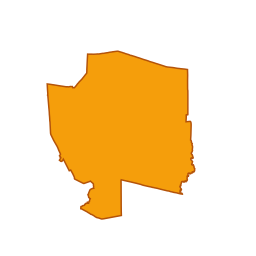 outline of Sarbeni, Teleorman, Romania, rotated 61°
{"feature_id": "2599482B36537756956873", "entity_name": "Sarbeni", "entity_type": "district", "adm_level": 2, "iso_a3": "ROU", "parent_name": "Romania", "parent_adm1": "Teleorman", "projection": "equal_earth", "projection_center": [25.419, 44.486], "detail": "fine", "context": "isolated", "style": "filled", "palette": "amber", "viewbox_px": 256, "rotation_deg": 61, "n_neighbors": 0, "source": "geoboundaries", "source_scale": "gbopen_adm2", "svg_char_len": 5467}
<svg xmlns="http://www.w3.org/2000/svg" viewBox="0 0 256 256"><g transform="rotate(61 128 128)"><path d="M201.3,176.2L198.0,174.5L192.6,171.6L184.6,167.2L181.1,165.3L177.3,163.2L173.3,161.0L170.8,159.7L170.0,159.0L172.4,156.4L176.3,152.0L177.2,151.0L180.4,147.5L183.8,143.9L184.6,143.3L185.6,142.3L189.2,138.3L190.7,136.5L191.8,135.4L192.4,134.6L193.4,133.5L194.8,131.8L197.5,129.0L202.0,124.1L202.8,123.0L204.7,121.2L205.1,120.6L206.6,119.1L207.2,118.3L208.4,116.8L210.0,115.2L210.9,114.2L212.2,112.5L212.0,112.4L211.0,112.6L210.8,112.9L210.8,113.3L210.8,113.5L210.5,113.6L209.8,113.7L209.4,113.7L208.9,113.4L208.7,112.8L208.7,112.7L208.3,112.8L208.0,112.7L208.2,112.3L208.2,112.1L207.6,112.1L207.5,111.8L207.5,111.6L207.8,111.2L207.7,111.1L207.4,111.0L207.2,111.4L207.1,111.5L207.0,111.4L206.7,111.1L206.3,111.1L205.5,111.2L205.3,111.1L204.6,111.0L204.2,110.9L204.1,110.6L204.2,110.0L204.1,109.7L203.9,109.6L203.3,109.7L203.2,109.3L202.8,108.8L201.4,107.6L201.0,107.0L201.0,106.6L201.3,106.1L201.5,106.0L202.0,106.0L202.1,105.9L202.1,105.7L201.9,105.6L201.7,105.3L201.7,105.2L201.8,105.1L202.0,105.0L202.3,105.0L202.5,104.9L202.6,104.7L202.2,104.4L202.1,104.1L202.5,104.1L202.3,103.5L202.3,103.4L202.6,103.3L202.9,103.3L203.0,103.2L202.3,102.6L202.7,102.2L202.7,101.9L202.1,101.3L201.9,101.1L201.7,101.1L201.2,101.1L200.7,100.8L200.5,100.5L198.9,99.7L198.7,99.5L198.7,99.4L198.7,99.2L199.3,98.9L199.5,98.6L199.4,98.5L199.1,98.1L198.5,98.2L198.3,98.3L198.0,98.2L197.5,98.0L197.0,97.7L196.9,97.5L196.9,97.4L197.0,97.1L196.9,96.5L197.0,96.4L197.5,96.4L198.0,96.3L198.1,96.1L197.7,96.0L197.6,95.8L197.6,95.7L197.8,95.5L198.1,95.4L198.3,95.1L198.2,94.9L198.1,94.6L198.2,94.2L198.4,93.8L198.4,93.5L198.4,93.3L198.2,93.2L197.6,93.1L197.6,92.9L197.7,92.5L198.3,92.0L198.4,91.8L198.3,91.7L198.0,91.7L197.8,91.6L197.8,91.4L198.0,90.9L197.9,90.8L197.6,90.4L196.8,90.0L196.1,89.4L195.9,89.3L195.7,89.3L195.3,89.5L194.8,89.5L194.6,89.4L194.2,89.1L193.8,89.0L191.9,88.7L191.8,88.8L191.9,89.3L191.3,89.8L190.9,90.0L190.6,89.9L190.4,89.8L190.3,89.7L190.2,89.2L189.3,88.5L188.9,88.0L188.6,87.8L188.2,87.9L187.3,88.1L186.5,88.3L185.8,88.2L185.5,88.1L185.2,87.9L185.1,87.7L184.9,87.4L184.9,87.2L185.0,86.9L185.6,86.6L185.9,86.3L185.9,85.8L185.8,85.6L185.6,85.4L184.8,85.4L184.6,85.2L184.1,85.1L183.9,85.0L183.5,85.1L182.5,84.8L182.0,84.9L181.6,85.1L180.9,85.0L180.4,84.5L180.2,84.0L179.2,82.7L178.8,82.4L178.2,82.3L176.9,81.4L175.9,80.7L174.9,80.3L174.2,80.3L173.7,80.2L172.9,79.4L172.7,79.4L172.0,79.5L171.7,79.6L171.4,79.6L171.1,79.3L170.5,79.1L169.7,78.9L169.4,78.9L169.2,78.9L168.9,79.1L164.8,76.5L156.5,71.6L155.4,71.0L154.1,70.4L153.1,70.2L152.8,70.2L152.5,70.3L152.3,70.5L150.7,74.2L149.2,73.4L148.4,72.8L146.4,71.6L145.0,70.9L144.8,70.7L144.7,70.6L144.8,70.3L145.3,69.7L145.4,69.3L145.2,69.1L127.9,59.5L124.4,57.6L123.3,57.2L122.3,56.7L114.5,52.4L110.7,50.2L105.7,47.6L104.0,49.8L101.6,53.3L100.9,54.2L99.8,55.8L98.7,57.2L98.2,57.8L97.0,59.3L93.8,63.9L92.6,65.3L92.2,65.6L87.6,69.9L86.3,71.1L85.4,72.0L82.8,74.4L80.6,76.6L79.0,77.9L77.3,79.5L75.8,81.0L71.9,84.5L70.7,85.7L69.2,87.0L65.9,90.2L65.8,90.4L65.5,90.8L64.1,91.8L61.7,94.2L60.8,94.9L59.9,95.8L59.3,96.3L57.6,98.0L56.1,99.4L55.7,100.0L55.3,101.0L53.8,104.8L53.7,105.2L52.8,107.5L52.3,109.2L51.7,110.7L51.5,111.3L50.9,113.1L50.6,113.6L50.2,114.6L49.7,116.0L49.3,117.2L49.2,117.4L49.1,117.7L48.5,118.7L47.7,120.5L46.6,122.7L45.9,123.8L44.4,126.5L43.8,127.5L48.1,130.2L57.3,135.9L57.8,136.1L60.0,137.5L60.8,139.6L61.3,140.7L61.7,141.7L62.0,142.3L62.1,142.7L62.9,144.5L63.0,145.1L63.3,145.8L63.7,147.2L63.8,147.7L63.9,148.2L64.2,148.6L64.6,149.7L64.8,150.5L65.3,151.6L65.7,152.4L66.8,155.4L66.0,156.6L65.9,156.8L65.5,156.6L64.7,156.6L64.4,157.3L63.8,158.2L63.7,158.4L63.3,159.9L62.5,161.1L62.2,161.6L62.2,161.8L58.3,166.9L55.3,170.7L51.9,175.1L50.3,177.3L51.1,177.7L55.6,179.9L59.5,181.7L60.0,182.1L60.2,182.4L60.7,182.3L61.9,182.9L71.7,187.3L75.8,189.1L77.8,190.1L80.5,191.3L83.8,192.9L84.9,193.3L89.8,195.7L95.1,198.3L96.1,198.6L97.0,198.7L102.8,199.0L109.8,198.9L112.3,199.1L112.7,199.2L113.2,199.3L118.2,199.7L119.1,201.4L120.1,201.0L120.4,201.4L121.0,201.2L121.2,201.5L121.6,201.3L122.9,203.6L124.6,202.9L124.9,202.5L125.1,202.1L124.9,201.5L124.6,200.7L123.9,199.7L125.9,199.7L136.9,200.1L137.0,199.0L137.0,198.5L137.7,198.5L139.9,198.5L141.1,198.5L144.2,198.7L145.1,198.8L146.4,199.4L146.7,199.4L147.2,199.1L151.9,195.9L154.5,194.1L154.9,193.8L155.1,193.5L155.2,193.3L155.9,189.2L156.1,188.1L156.2,187.5L156.2,186.7L156.7,186.5L159.4,185.5L159.7,185.4L160.1,185.4L160.3,185.5L161.3,186.0L162.7,186.5L163.1,186.8L163.4,187.1L164.1,187.2L163.7,188.3L163.6,188.8L163.5,190.3L163.5,190.6L163.6,190.9L163.7,191.2L164.0,191.7L165.8,193.9L166.3,194.5L166.7,194.7L166.7,194.8L167.0,195.5L167.5,195.4L167.9,195.4L169.2,195.9L169.8,196.0L170.0,195.7L170.4,195.6L171.1,195.7L171.5,195.3L172.8,196.9L173.4,197.2L173.8,197.6L173.8,197.8L173.4,198.9L173.3,199.4L174.5,199.3L174.2,199.8L174.0,200.4L173.6,201.0L173.5,201.6L173.9,202.1L173.8,202.4L173.7,202.6L173.9,203.0L174.3,203.4L174.3,203.5L174.4,203.8L174.4,204.1L174.0,205.0L174.0,205.4L174.2,206.0L174.2,206.3L174.0,206.6L173.9,206.8L173.9,207.2L174.1,207.4L174.7,207.8L175.7,208.4L175.8,208.2L176.3,207.8L178.0,206.7L181.7,204.3L182.4,204.0L184.4,202.8L185.2,202.5L185.8,202.0L186.1,201.6L188.5,200.2L189.7,199.7L190.6,199.1L191.1,198.8L191.6,198.4L191.8,197.9L194.6,195.4L194.9,195.0L195.6,193.3L201.3,176.2Z" fill="#f59e0b" stroke="#b45309" stroke-width="1.5"/></g></svg>